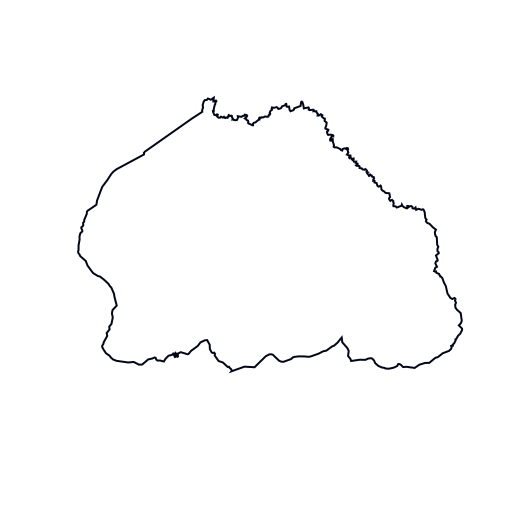 outline of Ocnita, Dâmbovita, Romania, rotated 158°
{"feature_id": "2599482B12009979413210", "entity_name": "Ocnita", "entity_type": "district", "adm_level": 2, "iso_a3": "ROU", "parent_name": "Romania", "parent_adm1": "Dâmbovita", "projection": "mercator", "projection_center": [25.545, 44.998], "detail": "fine", "context": "isolated", "style": "outline", "palette": "ink", "viewbox_px": 512, "rotation_deg": 158, "n_neighbors": 0, "source": "geoboundaries", "source_scale": "gbopen_adm2", "svg_char_len": 6074}
<svg xmlns="http://www.w3.org/2000/svg" viewBox="0 0 512 512"><g transform="rotate(158 256 256)"><path d="M410.4,342.9L412.4,340.1L413.4,337.3L416.6,332.2L418.3,328.0L419.3,326.8L419.6,325.3L419.1,323.5L419.0,321.7L415.7,315.1L415.8,310.2L413.5,301.3L410.2,296.8L408.3,295.3L406.0,291.4L403.2,285.4L402.7,282.5L402.0,281.1L401.8,274.1L402.5,271.3L403.7,262.2L409.3,259.6L411.1,256.7L411.8,252.7L415.5,247.1L418.5,245.5L419.3,242.8L423.3,240.5L423.9,237.6L429.5,233.1L430.4,231.7L432.1,230.5L432.7,229.3L432.4,226.2L431.5,222.0L429.2,218.5L428.5,216.0L427.2,213.5L424.5,211.0L414.3,205.1L409.1,203.6L405.2,199.1L402.2,198.0L394.7,200.5L390.5,199.8L388.0,199.9L387.2,199.2L387.3,197.4L386.5,196.0L384.1,195.0L380.9,192.7L378.4,194.6L374.5,196.3L371.0,195.8L369.2,196.6L368.8,196.2L369.2,194.1L368.8,191.8L368.0,195.5L367.0,196.3L366.7,195.4L366.9,192.8L366.6,192.0L366.0,192.1L365.1,194.8L361.8,195.0L356.4,190.7L355.4,190.4L351.7,192.4L343.7,194.4L339.9,196.7L335.0,197.0L332.8,196.3L332.2,191.0L333.6,187.1L333.3,183.3L332.4,182.3L330.9,182.0L330.7,180.6L331.6,179.2L330.0,172.6L326.6,169.7L323.8,163.7L322.5,163.4L322.4,162.3L321.4,160.3L321.4,158.6L321.9,158.3L308.1,157.7L299.0,153.4L284.5,159.4L280.5,159.8L278.6,159.1L277.4,158.2L273.8,150.2L272.2,148.6L270.2,147.6L262.2,147.3L259.5,148.2L258.3,148.1L254.5,147.1L249.2,145.0L245.4,143.0L243.3,142.4L234.5,142.0L229.5,142.5L226.2,141.9L219.1,143.7L217.2,143.6L212.9,145.1L207.1,148.3L208.3,143.6L205.8,136.5L205.6,133.3L208.1,128.8L207.0,125.2L207.1,123.0L198.8,121.0L193.3,118.7L190.4,118.9L187.5,118.1L186.6,117.2L185.7,114.9L185.6,112.0L183.7,108.2L180.8,105.3L178.7,104.1L178.3,103.3L175.0,101.7L170.1,100.9L166.3,101.1L164.7,102.5L163.6,102.2L162.5,101.0L161.2,97.9L158.2,97.0L150.8,92.8L145.2,94.0L139.2,93.5L135.4,92.0L129.5,93.9L127.6,94.4L125.4,94.1L119.1,95.9L112.7,95.7L110.2,96.6L108.9,97.9L108.7,99.5L107.1,99.1L106.9,100.1L105.1,100.7L102.4,103.1L102.3,104.0L101.2,104.2L98.8,106.2L95.7,107.5L92.7,110.1L92.2,111.2L92.4,112.2L93.9,115.7L91.3,116.9L89.5,118.8L87.6,126.4L89.9,131.1L90.4,133.5L89.6,136.2L88.1,137.7L88.2,140.1L87.3,141.1L87.1,141.7L87.7,142.7L90.1,142.6L91.5,144.4L92.5,149.5L91.3,156.9L91.7,160.9L91.5,165.5L92.1,167.3L92.9,168.0L92.6,168.8L93.1,170.0L93.0,170.8L95.0,172.8L94.9,174.3L95.9,174.5L96.6,175.3L94.0,178.0L92.2,178.2L92.5,181.9L91.2,183.5L89.5,183.6L89.1,184.1L88.9,189.1L85.5,190.1L85.3,191.0L85.9,192.6L85.0,194.8L83.5,196.2L83.8,198.6L81.5,205.2L81.4,206.0L82.0,207.1L81.8,209.3L81.2,211.2L79.3,213.0L81.1,216.1L83.1,220.9L84.8,222.5L85.4,224.2L85.4,224.7L84.2,225.9L84.7,227.0L84.7,228.2L83.2,233.4L83.3,236.3L83.7,236.8L85.2,236.8L87.6,238.9L90.2,238.8L89.9,241.2L91.4,240.6L92.6,241.2L93.0,241.6L92.6,242.9L93.3,244.1L94.7,244.5L96.0,244.2L96.1,245.3L97.0,245.7L97.8,243.7L98.3,243.6L100.5,245.8L101.4,247.4L101.5,249.0L102.2,248.1L107.3,248.2L107.9,249.7L109.9,250.7L109.8,251.4L108.5,253.4L108.6,254.6L108.1,255.4L108.9,257.1L110.8,256.8L111.3,258.7L111.0,259.7L109.6,260.5L108.9,264.2L112.0,265.8L112.5,266.4L112.9,267.7L114.5,269.7L114.7,270.9L113.9,273.9L114.2,274.7L115.9,274.3L116.5,274.5L117.1,275.6L116.9,278.5L118.6,279.8L117.9,281.2L118.1,281.5L119.2,281.8L118.7,282.8L117.4,283.8L117.6,284.4L117.3,285.0L118.6,286.0L118.5,287.2L119.2,287.8L119.6,288.7L120.6,287.8L121.2,287.9L121.3,289.2L122.0,290.9L121.7,291.7L121.1,291.8L122.0,292.7L121.2,293.7L121.8,295.3L122.1,295.7L123.2,295.4L124.9,296.5L125.1,297.6L127.0,298.8L126.4,300.3L126.8,301.0L128.8,301.8L129.3,302.6L127.3,303.2L127.2,303.6L128.7,305.0L127.8,306.0L129.8,306.7L129.9,307.9L130.3,308.4L129.2,309.1L129.0,309.9L131.1,310.1L131.4,312.3L132.0,312.5L132.7,312.0L132.8,312.4L132.2,313.0L131.0,313.0L130.8,313.8L132.3,314.5L133.7,316.0L131.6,317.4L131.5,319.8L130.6,320.4L130.5,321.5L131.3,322.1L132.4,321.5L133.1,322.5L135.5,322.8L136.5,321.5L137.4,322.2L137.9,323.7L140.6,326.6L142.4,327.2L143.1,328.2L142.2,329.4L141.9,333.1L141.1,335.7L142.1,336.0L142.8,334.7L143.9,335.2L143.6,336.5L141.0,338.5L139.6,337.9L139.2,338.6L139.5,339.4L141.9,340.8L143.7,341.2L143.9,341.6L144.0,342.9L143.5,344.8L142.1,345.1L141.6,346.0L143.9,348.0L143.8,348.7L142.1,350.5L140.5,353.2L141.8,355.5L140.7,357.5L141.3,357.8L142.8,360.6L142.6,361.3L141.8,361.7L142.8,363.2L145.1,362.7L146.3,363.2L145.4,364.6L146.1,366.6L145.8,367.6L148.3,368.6L147.7,369.1L147.9,370.1L151.7,371.2L152.3,371.9L151.6,373.1L151.7,374.1L156.3,374.9L155.4,379.2L155.7,380.4L155.3,381.0L155.8,382.0L156.4,381.9L158.5,378.4L165.2,378.6L165.9,377.6L166.8,377.2L169.8,377.3L170.1,379.0L169.4,382.2L171.2,382.6L171.6,383.2L171.0,385.7L171.6,385.8L172.3,384.9L175.7,385.0L177.4,383.7L179.4,383.8L180.2,384.0L180.5,385.6L181.1,386.3L183.8,386.6L185.5,387.8L186.3,386.8L186.3,385.6L188.1,385.2L189.8,383.5L189.5,382.7L190.1,381.9L191.4,381.9L192.2,380.7L192.8,380.6L195.5,382.0L197.4,381.8L199.2,382.6L199.8,382.2L200.9,383.0L201.5,382.6L201.4,381.6L201.6,381.2L202.8,381.3L206.4,380.1L208.3,380.3L209.1,379.9L209.8,378.3L210.1,378.4L213.4,381.8L213.5,382.3L212.7,383.7L212.8,384.7L213.8,385.6L213.8,386.6L214.8,387.7L212.2,388.7L211.6,389.5L212.2,390.5L213.5,391.2L214.0,390.3L215.5,390.8L217.4,390.5L220.5,392.4L220.8,391.0L222.8,389.2L223.9,389.5L225.6,390.4L225.8,391.3L226.7,391.4L226.1,392.4L226.3,393.9L225.9,394.8L226.2,395.3L228.1,395.6L227.9,396.2L228.5,396.9L230.6,394.8L231.8,395.7L232.5,395.3L233.5,396.0L233.6,397.1L235.0,396.8L236.3,398.3L237.5,397.7L238.9,398.3L239.8,400.0L238.5,401.4L239.0,401.9L240.7,401.7L241.8,402.5L241.8,405.8L241.6,406.6L240.7,406.4L240.3,407.8L237.6,411.6L237.0,411.9L236.2,413.5L234.7,414.4L234.9,415.1L237.6,415.3L237.2,416.8L236.4,417.3L235.8,418.6L239.3,417.8L241.6,420.0L243.3,419.1L245.2,419.7L246.7,418.7L248.9,415.9L249.5,413.5L251.3,411.4L251.8,409.8L264.1,407.4L319.8,394.4L321.2,393.7L321.8,392.1L352.7,388.7L356.5,387.7L359.4,386.3L365.5,382.0L372.7,377.7L382.5,367.1L384.8,363.3L395.3,361.0L396.1,360.5L397.1,358.5L401.8,353.7L402.5,352.2L403.9,351.5L404.6,349.3L405.7,348.4L407.0,348.2L407.6,347.2L407.4,345.2L407.8,343.9L410.4,342.9Z" fill="none" stroke="#020617" stroke-width="2"/></g></svg>